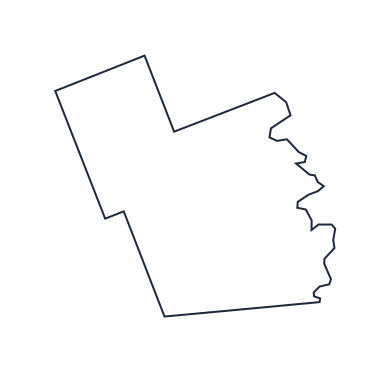 outline of Hill, Texas, United States of America, rotated 189°
{"feature_id": "52423323B5018647072048", "entity_name": "Hill", "entity_type": "district", "adm_level": 2, "iso_a3": "USA", "parent_name": "United States of America", "parent_adm1": "Texas", "projection": "orthographic", "projection_center": [-97.333, 31.987], "detail": "fine", "context": "isolated", "style": "outline", "palette": "slate", "viewbox_px": 384, "rotation_deg": 189, "n_neighbors": 0, "source": "geoboundaries", "source_scale": "gbopen_adm2", "svg_char_len": 652}
<svg xmlns="http://www.w3.org/2000/svg" viewBox="0 0 384 384"><g transform="rotate(189 192 192)"><path d="M260.2,319.3L342.9,270.4L273.6,152.1L256.4,162.2L199.7,64.7L48.8,103.2L48.8,106.9L55.1,108.1L56.1,111.8L51.2,118.6L42.0,122.3L41.1,127.6L50.1,141.7L50.8,146.6L42.5,159.0L45.0,166.6L44.8,178.2L49.1,181.7L61.9,179.7L68.0,173.2L69.4,182.7L76.8,192.5L85.5,192.9L86.0,198.8L76.5,207.5L67.7,212.6L62.8,218.4L69.3,221.5L73.3,227.6L78.8,227.6L93.6,236.4L85.2,239.3L84.8,245.5L92.7,248.1L106.5,258.9L116.0,255.8L124.0,258.1L124.0,267.2L106.7,283.2L113.0,295.4L125.9,302.8L219.1,248.8L260.2,319.3Z" fill="none" stroke="#1e293b" stroke-width="2"/></g></svg>